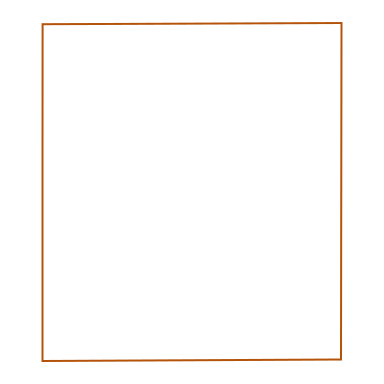 the district of Motley, Texas, United States of America
{"feature_id": "52423323B8649342389596", "entity_name": "Motley", "entity_type": "district", "adm_level": 2, "iso_a3": "USA", "parent_name": "United States of America", "parent_adm1": "Texas", "projection": "natural_earth1", "projection_center": [-100.804, 34.074], "detail": "fine", "context": "isolated", "style": "outline", "palette": "amber", "viewbox_px": 384, "rotation_deg": 0, "n_neighbors": 0, "source": "geoboundaries", "source_scale": "gbopen_adm2", "svg_char_len": 204}
<svg xmlns="http://www.w3.org/2000/svg" viewBox="0 0 384 384"><path d="M341.0,359.5L341.5,23.0L96.9,24.0L42.6,24.2L42.5,151.9L42.5,361.0L341.0,359.5Z" fill="none" stroke="#b45309" stroke-width="2"/></svg>